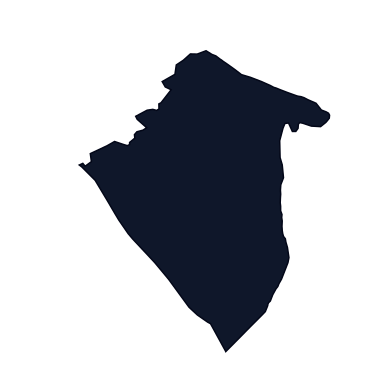 outline of Madagali, Adamawa, Nigeria, rotated 111°
{"feature_id": "59680162B31090464189446", "entity_name": "Madagali", "entity_type": "district", "adm_level": 2, "iso_a3": "NGA", "parent_name": "Nigeria", "parent_adm1": "Adamawa", "projection": "natural_earth1", "projection_center": [13.488, 10.795], "detail": "fine", "context": "isolated", "style": "filled", "palette": "ink", "viewbox_px": 384, "rotation_deg": 111, "n_neighbors": 0, "source": "geoboundaries", "source_scale": "gbopen_adm2", "svg_char_len": 1772}
<svg xmlns="http://www.w3.org/2000/svg" viewBox="0 0 384 384"><g transform="rotate(111 192 192)"><path d="M64.9,138.4L64.9,143.8L64.9,146.4L64.8,150.7L65.0,153.1L64.5,157.1L64.2,163.1L64.0,166.7L64.0,176.7L64.0,178.6L64.7,187.9L62.4,195.6L60.2,204.0L59.6,206.4L58.8,209.9L58.2,211.8L57.9,213.4L56.4,218.5L56.4,222.7L55.1,229.5L61.4,236.6L63.7,243.0L72.1,247.3L79.0,252.2L88.2,250.1L89.0,250.7L99.6,259.4L103.5,254.6L104.0,248.1L119.8,252.9L121.6,254.5L126.3,252.6L128.5,254.2L128.9,258.2L131.7,263.2L141.5,271.7L143.8,269.2L148.2,257.4L151.8,259.9L155.5,265.0L159.1,266.3L162.2,264.7L168.1,268.0L170.1,267.3L171.9,269.0L172.2,273.3L172.6,282.4L179.3,287.9L192.6,300.7L199.7,296.8L206.2,301.0L204.4,304.2L207.2,306.9L208.0,304.1L215.8,286.6L230.9,267.3L239.7,256.3L244.4,250.3L253.8,236.6L257.3,230.2L268.8,206.5L271.3,201.4L281.9,182.5L300.7,153.4L302.1,149.9L304.9,142.9L307.9,130.7L308.3,127.5L328.4,103.8L328.6,103.6L328.9,103.3L310.3,95.1L302.0,91.5L296.3,89.0L287.8,85.2L281.0,82.2L277.4,80.7L272.1,80.6L270.9,80.6L269.9,80.9L267.8,80.8L266.2,80.0L265.7,79.8L263.6,79.8L262.1,79.8L259.0,79.8L252.4,78.9L249.4,78.0L246.5,78.0L241.3,77.2L223.6,77.1L218.5,78.0L213.0,81.1L209.6,83.0L205.1,86.4L202.2,88.1L200.7,90.6L198.5,92.3L195.7,93.9L195.5,94.0L191.8,95.7L186.7,97.4L183.7,99.1L180.8,99.9L177.8,102.5L173.4,104.2L170.4,105.8L165.6,107.4L162.3,108.4L158.6,110.1L153.4,111.7L146.1,111.7L145.9,111.7L134.3,117.5L128.3,122.1L112.7,128.5L100.0,129.9L94.7,129.8L93.0,126.6L99.5,120.0L98.3,116.8L94.6,115.8L90.5,117.0L88.6,116.3L88.1,113.3L87.7,104.2L84.9,95.4L79.1,92.0L76.9,91.2L73.9,90.3L71.0,91.1L69.5,92.8L69.1,95.5L69.1,100.6L64.7,108.0L64.3,116.9L63.8,121.2L63.9,124.3L64.6,127.6L64.7,129.4L64.9,138.4Z" fill="#0f172a" stroke="#020617" stroke-width="1.5"/></g></svg>